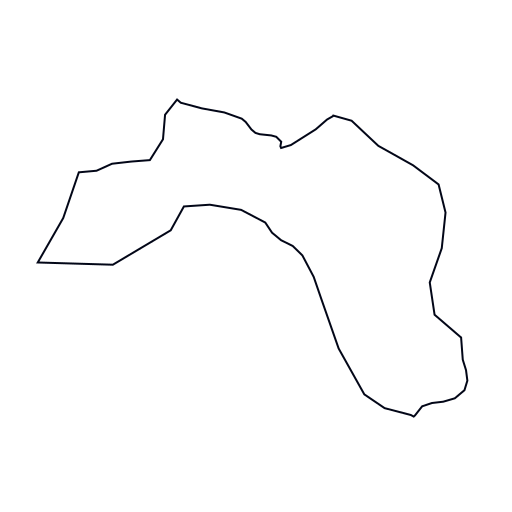 the border of Qax, rotated 93°
{"feature_id": "AZE-1726", "entity_name": "Qax", "entity_type": "District", "adm_level": 1, "iso_a3": "AZE", "parent_name": "Azerbaijan", "parent_adm1": "", "projection": "robinson", "projection_center": [46.846, 41.24], "detail": "fine", "context": "isolated", "style": "outline", "palette": "ink", "viewbox_px": 512, "rotation_deg": 93, "n_neighbors": 0, "source": "natural_earth", "source_scale": "10m", "svg_char_len": 915}
<svg xmlns="http://www.w3.org/2000/svg" viewBox="0 0 512 512"><g transform="rotate(93 256 256)"><path d="M369.4,38.4L379.1,40.8L387.7,50.0L391.7,61.4L393.6,72.6L397.4,82.2L406.9,88.9L408.1,90.1L406.7,93.0L401.2,119.6L388.5,140.6L344.1,168.6L295.8,188.4L273.8,197.3L253.0,209.7L244.1,219.8L238.9,231.8L231.9,241.2L222.1,248.5L210.7,273.3L207.2,304.8L210.3,330.6L234.8,342.5L272.2,398.5L273.9,473.6L228.2,450.5L181.7,437.3L179.2,419.7L171.4,404.6L168.2,385.4L165.8,367.0L144.3,355.0L119.7,354.2L103.9,343.0L106.9,339.1L111.4,317.9L114.3,295.2L119.6,277.4L122.7,273.3L129.9,267.2L133.1,263.0L134.2,258.6L134.8,247.1L135.9,242.0L140.6,236.8L145.1,237.4L146.8,236.6L143.4,227.0L126.4,203.0L116.0,192.2L112.4,186.6L111.7,186.2L115.9,167.6L139.6,139.6L157.2,103.9L175.0,77.4L202.7,69.0L238.5,70.9L273.3,81.1L305.3,74.6L326.7,46.9L348.7,44.1L359.0,40.3L369.4,38.4Z" fill="none" stroke="#020617" stroke-width="2"/></g></svg>